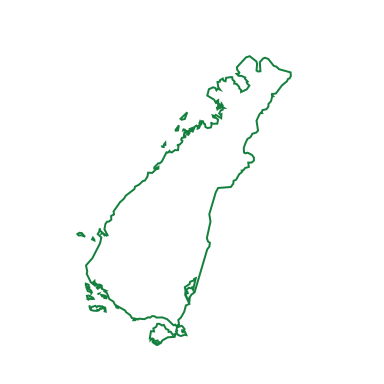 Pulau Taliabu, Maluku Utara, Indonesia, rotated 303°
{"feature_id": "22746128B98781354669228", "entity_name": "Pulau Taliabu", "entity_type": "district", "adm_level": 2, "iso_a3": "IDN", "parent_name": "Indonesia", "parent_adm1": "Maluku Utara", "projection": "albers", "projection_center": [124.647, -1.826], "detail": "fine", "context": "isolated", "style": "outline", "palette": "green", "viewbox_px": 384, "rotation_deg": 303, "n_neighbors": 0, "source": "geoboundaries", "source_scale": "gbopen_adm2", "svg_char_len": 5983}
<svg xmlns="http://www.w3.org/2000/svg" viewBox="0 0 384 384"><g transform="rotate(303 192 192)"><path d="M111.3,134.4L108.4,135.8L105.4,135.8L104.5,140.7L99.0,142.8L82.3,144.5L72.7,143.1L68.2,147.5L66.1,148.2L61.2,156.3L60.8,160.2L62.5,158.3L64.2,158.7L62.9,159.7L62.7,163.4L64.1,165.0L64.3,167.3L61.7,169.3L62.4,173.9L61.0,173.0L60.9,175.7L57.2,180.9L57.3,185.8L55.5,188.8L56.2,200.5L55.3,202.1L55.1,207.2L53.6,210.2L55.9,216.0L54.8,216.0L56.9,216.5L59.4,221.3L63.1,223.5L63.7,225.2L66.2,226.2L67.3,228.1L67.4,230.7L70.7,235.5L71.8,240.4L70.2,249.1L71.6,250.2L71.1,251.7L73.8,253.3L77.3,250.2L80.5,251.1L87.3,250.7L93.5,248.7L96.8,250.8L102.0,242.3L105.5,240.5L108.3,237.8L113.4,240.1L115.7,239.3L118.7,241.6L120.4,241.1L121.8,242.1L110.6,246.1L111.9,244.0L110.9,244.0L109.9,241.5L107.5,240.7L104.8,241.9L105.6,242.6L104.9,243.6L102.8,242.1L100.0,246.2L100.2,247.3L105.9,247.5L109.2,248.8L152.2,236.0L155.7,236.3L159.2,234.6L159.2,232.4L161.4,229.6L177.3,223.6L182.8,218.6L204.7,212.1L209.6,211.7L217.3,221.8L221.4,222.1L224.0,220.8L226.4,222.3L232.7,221.9L235.8,223.0L237.1,222.0L238.0,223.2L241.1,223.5L243.9,226.0L247.3,223.2L249.2,226.0L252.0,226.8L254.6,225.2L255.7,222.2L255.3,217.3L253.4,215.5L253.5,214.1L257.2,211.4L262.2,210.2L266.7,209.6L269.9,211.2L273.7,210.9L277.0,213.6L279.5,213.9L286.9,207.3L293.7,206.3L295.7,206.5L296.4,207.8L297.1,206.8L299.2,206.6L301.9,209.3L305.1,209.6L307.6,208.2L311.3,208.8L315.5,207.3L316.5,208.0L316.7,206.3L317.7,205.7L320.3,208.7L330.4,209.4L336.5,211.3L339.3,211.0L340.4,212.0L343.2,211.7L346.0,209.5L342.4,198.2L343.1,194.5L342.3,192.0L345.1,183.6L344.4,180.2L342.7,178.9L337.8,178.2L330.5,183.6L329.0,181.7L329.0,180.0L334.9,176.8L336.6,174.8L337.3,166.4L334.3,164.0L321.1,161.7L319.2,163.2L317.9,166.7L316.8,166.8L315.4,165.1L314.8,167.7L316.3,170.2L317.0,174.3L315.9,174.6L314.9,178.6L313.8,178.1L312.9,179.6L312.5,182.2L307.8,182.0L302.6,178.7L304.3,177.6L304.7,175.1L305.8,174.5L306.9,170.6L305.9,168.3L307.9,167.6L308.3,164.8L310.2,163.2L309.7,162.2L306.3,158.4L303.1,159.8L302.6,157.7L303.9,156.0L301.0,154.6L299.6,155.2L298.1,153.5L294.2,157.0L293.1,159.7L292.8,157.5L290.6,157.1L291.9,155.1L291.3,152.7L287.4,150.2L281.2,152.3L281.5,160.2L279.7,163.7L280.5,164.3L281.1,163.1L283.2,164.0L280.1,165.9L280.8,166.0L280.5,167.4L278.2,168.0L276.3,167.0L275.2,168.3L278.8,169.0L277.9,169.8L278.9,170.2L282.1,168.7L281.3,170.6L280.2,170.6L280.0,173.1L279.1,171.6L277.8,172.9L276.2,171.7L272.7,172.0L272.3,173.7L273.3,174.3L269.8,176.3L269.6,170.0L268.3,169.9L267.5,167.6L266.2,169.2L267.2,171.8L266.9,174.4L263.1,176.0L260.4,172.0L260.7,169.9L259.4,171.7L256.5,172.7L254.1,170.3L253.9,167.8L256.0,165.9L255.7,164.9L257.3,162.6L256.9,161.8L254.9,162.5L255.8,160.3L253.7,160.7L252.8,162.4L251.7,161.7L251.3,162.8L249.4,163.0L248.2,162.2L249.9,161.1L250.1,159.5L247.9,158.7L243.1,159.7L242.8,157.7L244.7,157.8L243.7,156.0L242.9,157.1L241.9,156.1L241.3,157.1L240.0,155.9L239.8,157.8L237.9,157.7L237.9,156.8L239.1,157.1L238.9,155.2L237.3,153.4L235.7,154.4L235.0,153.5L235.4,154.5L234.2,154.9L235.4,155.9L234.3,156.5L231.8,154.0L229.9,154.5L229.7,156.1L228.3,156.5L224.9,155.8L223.3,153.8L223.6,155.4L219.5,157.5L217.9,154.9L214.2,153.5L213.6,151.9L214.2,150.8L211.8,150.3L211.4,149.0L201.3,150.1L198.4,149.3L197.8,148.1L192.2,147.0L191.2,147.5L191.6,148.7L194.7,150.2L193.2,151.1L191.6,149.5L186.4,148.3L184.3,144.7L180.5,146.3L176.0,146.3L174.4,144.8L169.1,143.5L165.4,141.3L163.1,142.1L152.7,138.4L149.4,138.6L144.2,137.2L133.0,136.8L130.7,138.8L127.9,137.2L124.8,139.4L121.9,138.4L120.8,136.9L118.0,136.8L113.0,138.9L109.8,144.7L108.8,144.1L108.9,141.8L108.1,141.9L109.0,139.5L107.8,138.8L109.2,138.5L109.5,136.1L111.3,134.4ZM52.9,233.4L46.1,236.4L46.4,237.2L45.3,237.8L47.4,238.3L47.8,239.6L46.6,241.5L46.5,239.6L44.6,240.8L44.5,245.8L45.6,246.7L46.0,243.1L47.6,242.8L48.7,244.0L47.1,246.7L49.1,246.5L47.7,247.3L48.1,248.1L51.5,248.0L57.0,250.9L61.0,256.3L64.2,255.5L61.7,253.7L63.2,250.2L61.9,248.6L63.5,247.3L63.0,244.7L65.2,240.7L63.7,239.4L63.7,236.5L62.5,234.7L59.5,235.4L56.5,233.9L54.4,236.1L52.9,233.4ZM70.2,253.2L68.0,254.0L67.3,255.9L67.2,254.3L66.3,254.5L64.5,257.9L65.1,261.1L68.2,263.5L68.9,265.2L70.9,262.2L69.8,260.7L69.2,261.6L69.6,259.6L70.8,259.1L71.2,260.6L72.9,260.5L74.1,257.2L74.0,256.0L70.2,253.2ZM38.8,170.8L41.0,167.7L40.2,168.3L38.6,170.1L38.0,171.2L38.6,173.6L40.7,177.3L41.6,178.0L41.9,177.2L42.6,178.5L44.4,178.5L44.8,179.8L46.3,180.2L47.1,178.9L45.1,175.3L43.6,174.8L43.9,172.9L41.2,170.8L39.6,170.1L39.3,170.2L39.0,170.8L38.8,170.8ZM256.2,144.6L247.1,142.5L246.9,143.8L249.3,146.2L256.2,144.6ZM94.3,118.8L93.8,120.6L95.6,123.1L96.2,126.7L97.5,121.9L96.5,119.8L94.3,118.8ZM47.7,160.4L46.3,161.8L47.0,165.3L48.7,167.8L49.4,166.8L48.8,161.6L47.7,160.4ZM57.8,175.7L56.3,171.9L55.5,173.5L56.6,175.2L55.3,176.2L56.2,178.0L57.5,177.3L57.8,175.7ZM54.7,158.9L53.9,156.1L52.1,158.6L53.0,161.6L54.2,161.5L54.7,158.9ZM56.1,158.6L56.3,157.0L57.9,155.9L57.3,152.9L56.1,153.5L55.1,155.8L56.1,158.6ZM240.8,144.7L235.1,144.4L234.6,145.0L236.0,146.7L240.8,144.7ZM47.3,180.2L46.2,180.9L46.1,183.2L44.3,183.7L44.7,184.8L47.7,182.2L47.3,180.2ZM99.7,133.8L97.9,134.0L98.2,136.5L98.9,135.9L99.7,133.8ZM97.9,249.8L98.9,249.4L101.5,248.0L99.8,247.5L97.9,249.8ZM54.9,214.4L53.4,212.5L52.6,212.7L54.2,215.0L53.9,213.8L54.9,214.4ZM218.7,142.8L216.6,142.6L215.9,143.3L216.9,144.1L218.7,142.8ZM63.4,165.6L62.1,165.7L61.7,166.9L62.9,167.2L63.4,165.6ZM240.0,153.8L237.8,153.3L240.3,154.7L240.0,153.8ZM62.6,162.8L61.8,160.6L61.2,161.9L62.6,162.8ZM54.9,190.4L54.0,191.5L54.3,192.6L55.1,191.4L54.9,190.4ZM61.0,164.2L59.9,164.3L59.6,165.7L60.7,165.6L61.0,164.2ZM239.9,150.8L238.9,151.1L240.3,152.3L240.4,152.1L239.9,150.8ZM214.2,143.5L214.6,142.8L214.0,142.1L213.7,142.6L214.2,143.5ZM247.2,158.4L246.4,157.8L246.7,158.8L247.2,158.4ZM52.3,162.7L53.2,162.7L53.1,162.2L52.3,162.7ZM45.6,164.6L45.6,163.5L45.3,163.3L45.3,163.8L45.6,164.6ZM55.8,169.1L55.4,168.8L54.7,169.0L55.8,169.1Z" fill="none" stroke="#15803d" stroke-width="2"/></g></svg>